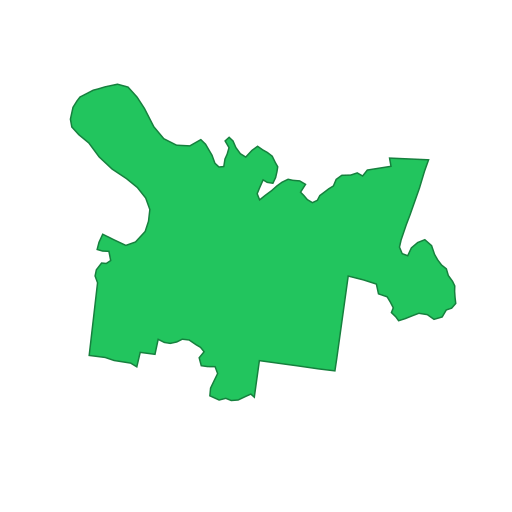 outline of Porto Lucena, Rio Grande do Sul, Brazil, rotated 9°
{"feature_id": "56859067B50046704042959", "entity_name": "Porto Lucena", "entity_type": "district", "adm_level": 2, "iso_a3": "BRA", "parent_name": "Brazil", "parent_adm1": "Rio Grande do Sul", "projection": "mercator", "projection_center": [-54.951, -27.852], "detail": "fine", "context": "isolated", "style": "filled", "palette": "green", "viewbox_px": 512, "rotation_deg": 9, "n_neighbors": 0, "source": "geoboundaries", "source_scale": "gbopen_adm2", "svg_char_len": 2279}
<svg xmlns="http://www.w3.org/2000/svg" viewBox="0 0 512 512"><g transform="rotate(9 256 256)"><path d="M449.4,287.1L452.4,279.5L457.4,276.9L460.7,271.6L459.1,265.9L457.7,259.8L457.0,254.5L454.1,250.3L449.0,245.2L446.0,238.9L440.7,235.9L436.1,231.5L432.1,226.5L427.8,218.3L420.2,213.5L413.6,217.4L408.2,223.7L405.8,232.0L400.0,230.8L396.3,224.8L396.8,217.4L397.8,211.6L399.5,201.7L401.7,191.2L406.8,163.4L409.2,145.7L411.4,134.0L372.6,138.4L375.3,146.3L352.5,153.7L348.8,160.3L343.0,158.1L336.8,161.3L328.1,162.9L323.2,167.8L321.5,174.7L317.4,178.2L313.2,182.6L309.6,186.3L307.9,191.4L303.4,194.5L297.9,192.3L293.7,188.7L290.0,186.0L293.7,177.5L287.4,175.0L280.4,175.5L275.7,175.2L270.1,179.1L265.7,183.5L261.3,188.9L255.8,194.5L250.8,200.0L247.4,194.3L248.9,188.0L251.1,179.7L255.5,181.5L261.3,181.5L263.1,175.5L263.5,169.5L263.5,164.5L260.4,160.6L256.4,154.9L251.1,152.0L246.2,150.2L240.4,147.4L235.5,152.3L230.4,159.9L224.5,157.4L219.1,152.0L215.3,146.0L210.9,143.0L207.5,147.2L212.4,153.2L211.6,159.9L210.2,165.0L210.2,172.7L205.5,173.9L200.9,170.8L196.8,163.4L192.2,157.8L188.7,153.5L183.3,149.7L173.4,157.6L160.2,159.0L146.6,154.6L134.9,144.4L122.7,127.7L113.7,117.7L103.2,109.2L92.3,108.0L80.8,112.4L73.7,115.8L69.3,117.7L57.3,126.5L55.0,130.7L52.0,137.8L51.3,149.9L53.9,157.4L62.0,163.9L73.2,170.5L85.6,182.7L100.2,192.6L115.9,199.8L128.1,206.9L138.0,216.0L143.9,226.7L144.4,238.5L142.7,249.1L134.8,261.0L125.8,265.9L113.4,262.3L101.2,258.5L98.8,267.0L98.1,274.4L103.7,275.1L110.0,274.4L113.2,283.2L109.3,286.8L104.6,287.1L100.5,294.6L100.2,300.9L103.7,307.2L106.8,380.3L122.9,379.8L132.2,381.4L149.0,381.4L155.6,384.1L156.7,369.3L171.6,368.9L172.4,353.6L179.0,355.7L185.0,355.7L191.2,353.3L196.2,349.7L203.1,349.4L210.7,353.0L215.5,354.9L219.7,358.7L215.8,365.4L219.1,372.9L225.6,372.8L232.9,371.7L236.5,378.1L234.2,385.6L231.8,393.6L232.3,401.3L242.1,404.0L248.4,401.3L254.2,402.6L260.9,401.0L267.9,396.2L272.5,393.2L276.4,395.7L275.7,358.8L305.1,358.2L313.2,358.0L335.7,357.7L351.9,357.1L351.8,345.3L351.2,313.6L350.2,261.4L365.9,262.8L379.3,264.9L382.9,274.2L391.9,275.8L395.8,280.4L399.7,285.7L398.6,290.7L403.7,294.3L407.0,297.6L413.2,294.5L419.7,290.6L425.8,287.1L434.4,287.1L441.7,290.7L449.4,287.1Z" fill="#22c55e" stroke="#15803d" stroke-width="1.5"/></g></svg>